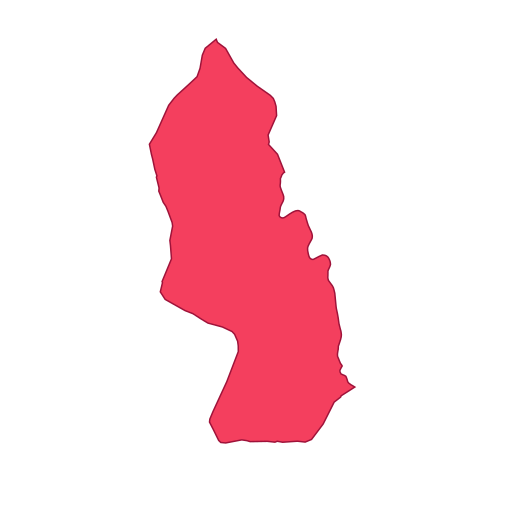 Amatitlán, Guatemala (Natural Earth projection), rotated 22°
{"feature_id": "79465075B1608091480167", "entity_name": "Amatitlán", "entity_type": "district", "adm_level": 2, "iso_a3": "GTM", "parent_name": "Guatemala", "parent_adm1": "", "projection": "natural_earth1", "projection_center": [-90.597, 14.456], "detail": "fine", "context": "isolated", "style": "filled", "palette": "rose", "viewbox_px": 512, "rotation_deg": 22, "n_neighbors": 0, "source": "geoboundaries", "source_scale": "gbopen_adm2", "svg_char_len": 2764}
<svg xmlns="http://www.w3.org/2000/svg" viewBox="0 0 512 512"><g transform="rotate(22 256 256)"><path d="M251.1,167.6L237.8,153.6L225.8,147.9L225.5,145.3L221.9,139.3L222.5,118.1L218.5,109.7L215.7,106.1L213.0,103.4L209.1,101.7L193.5,98.1L180.4,94.0L168.7,88.5L163.1,85.4L150.0,74.9L140.3,72.4L139.0,71.1L137.9,69.9L131.1,82.4L131.0,89.9L133.8,102.9L134.2,111.8L130.1,120.7L122.7,136.1L121.0,140.4L118.6,148.9L117.5,178.9L115.3,192.3L120.9,200.8L123.8,204.7L129.7,213.5L134.1,218.8L134.1,220.2L140.6,229.2L141.6,232.3L144.8,235.6L149.9,241.0L153.9,243.7L157.7,247.6L165.7,256.4L167.5,259.5L170.3,273.8L172.7,278.2L173.9,280.6L178.7,290.3L178.5,314.9L179.3,315.8L180.7,325.1L188.1,330.3L210.7,333.2L219.1,333.1L229.0,335.0L236.6,336.2L251.5,334.4L262.1,335.0L265.5,336.6L270.9,341.9L273.2,346.0L275.4,351.3L276.0,383.5L274.4,416.3L274.3,424.5L275.1,427.4L281.7,433.1L290.5,441.0L293.2,442.1L297.9,440.7L311.7,431.8L316.8,430.6L320.1,430.3L335.9,423.6L343.3,421.5L345.1,419.8L350.4,418.7L363.8,412.2L371.3,410.1L376.2,405.3L381.2,386.6L383.2,362.2L387.3,355.1L387.3,353.7L396.7,340.5L394.5,340.1L392.2,339.8L390.8,339.4L389.5,339.1L388.1,338.2L386.9,336.6L385.7,335.2L384.4,333.9L382.7,333.6L380.9,333.6L379.0,333.5L377.3,332.0L376.6,330.6L376.8,328.0L377.1,325.7L375.9,324.7L374.6,324.0L373.7,323.1L372.6,322.0L371.4,320.7L370.3,319.6L369.2,318.5L368.4,316.8L368.0,315.5L367.7,314.3L367.4,313.0L367.2,311.8L366.6,310.0L366.1,308.7L366.1,307.4L365.7,301.7L365.3,299.1L364.7,297.1L363.9,295.6L362.9,293.9L361.5,292.1L358.3,287.7L357.1,285.6L355.5,282.8L353.2,279.1L350.3,274.8L349.3,273.1L348.2,271.0L343.0,261.0L341.0,258.2L339.6,256.4L337.9,255.0L335.5,253.5L333.7,252.4L332.3,251.5L331.3,250.2L330.6,249.0L330.1,247.5L329.1,244.9L328.3,242.9L328.3,240.8L328.4,239.1L328.4,237.6L328.2,235.8L327.2,234.0L326.3,232.8L325.2,231.7L323.9,230.6L322.7,229.9L321.0,229.5L319.9,229.5L318.8,229.7L317.1,230.2L316.0,231.4L314.8,232.6L311.3,236.7L310.4,237.7L309.1,238.2L307.4,238.0L306.1,237.3L305.1,236.3L303.8,234.6L301.9,231.7L300.8,229.2L300.6,227.4L300.7,225.8L300.8,224.3L301.3,220.3L301.4,218.7L301.0,217.1L300.5,215.9L299.5,214.4L298.3,213.0L296.1,211.0L293.1,208.2L291.4,206.2L288.6,202.7L286.9,200.3L285.9,199.3L284.5,198.8L283.2,198.4L281.3,198.2L279.5,197.9L277.9,198.1L276.5,198.9L275.6,199.5L274.7,200.4L273.4,201.8L271.4,204.5L268.7,208.6L267.5,210.1L266.1,210.9L264.5,211.0L263.2,210.6L262.2,209.7L261.7,207.9L261.4,206.5L260.9,204.0L260.3,201.6L260.2,200.3L260.3,198.6L260.4,197.2L260.6,195.3L260.5,193.8L260.3,192.6L259.4,190.5L258.3,189.1L257.1,187.8L255.0,185.6L253.4,183.8L252.5,182.7L251.8,181.3L251.3,179.3L250.6,177.3L250.0,176.0L249.6,174.9L249.7,173.1L249.6,171.2L250.3,168.7L251.1,167.6Z" fill="#f43f5e" stroke="#9f1239" stroke-width="1.5"/></g></svg>